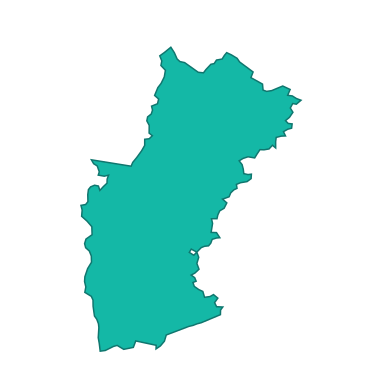 outline of Cafelândia, Paraná, Brazil, rotated 348°
{"feature_id": "56859067B49774660702068", "entity_name": "Cafelândia", "entity_type": "district", "adm_level": 2, "iso_a3": "BRA", "parent_name": "Brazil", "parent_adm1": "Paraná", "projection": "albers", "projection_center": [-53.352, -24.69], "detail": "fine", "context": "isolated", "style": "filled", "palette": "teal", "viewbox_px": 384, "rotation_deg": 348, "n_neighbors": 0, "source": "geoboundaries", "source_scale": "gbopen_adm2", "svg_char_len": 2492}
<svg xmlns="http://www.w3.org/2000/svg" viewBox="0 0 384 384"><g transform="rotate(348 192 192)"><path d="M309.3,112.1L302.8,107.2L297.8,108.1L291.0,109.4L285.9,109.1L282.7,107.1L283.4,101.1L273.4,92.4L276.7,87.3L265.6,74.7L263.9,70.6L259.1,66.1L254.9,62.9L252.1,65.1L249.1,68.2L243.4,68.0L240.4,71.0L237.0,71.0L231.0,75.2L228.0,77.8L223.0,76.2L211.7,63.9L207.3,61.9L205.1,58.8L203.7,52.1L201.4,46.0L193.8,49.9L188.8,52.1L189.7,57.5L187.9,61.8L191.3,67.4L188.8,73.7L184.4,79.3L180.3,82.8L175.5,89.8L178.7,94.1L176.6,98.5L170.3,99.6L170.4,103.7L168.4,107.2L164.2,109.3L162.6,113.0L164.0,117.9L162.3,125.5L164.9,128.7L161.2,131.0L156.7,130.6L155.4,136.6L151.2,141.3L145.1,146.8L140.2,150.7L137.8,154.1L100.3,139.6L101.7,143.9L104.7,146.8L105.5,153.0L103.8,156.0L109.5,158.3L113.9,158.2L111.7,161.7L110.7,165.7L106.4,168.3L102.2,171.3L101.7,166.7L98.1,165.1L93.9,165.9L91.2,168.1L89.5,172.9L88.2,179.8L85.4,182.1L80.6,182.0L80.8,186.8L79.0,192.8L83.3,198.7L86.8,205.1L85.4,213.0L78.5,216.0L76.2,220.2L76.4,224.4L79.3,228.4L80.2,233.7L79.1,239.8L74.0,245.2L69.6,252.6L68.3,257.2L68.4,262.8L66.3,267.9L71.8,273.1L72.7,277.1L71.5,283.2L70.8,293.0L72.4,296.7L73.1,301.4L72.7,305.3L70.0,315.0L69.8,320.9L69.1,328.6L74.2,329.0L83.2,326.7L86.9,326.5L92.5,331.7L102.3,331.8L106.0,326.0L125.1,334.5L124.2,338.0L129.1,336.0L134.0,332.2L137.1,326.5L161.0,322.8L165.3,322.7L169.5,322.0L173.8,321.8L194.3,317.9L195.4,313.4L198.2,310.9L192.2,309.3L191.1,304.9L195.2,301.2L191.7,296.8L187.9,298.0L182.4,297.6L181.9,291.5L178.4,288.9L174.6,284.8L174.1,280.7L177.5,280.1L176.8,276.3L173.9,273.1L178.0,271.9L182.8,269.0L181.9,262.9L185.0,257.3L184.2,251.8L189.5,248.3L193.0,247.7L197.0,248.1L199.7,246.0L201.9,242.5L206.4,242.1L209.7,242.5L207.5,236.8L202.3,235.5L205.6,227.0L205.5,222.2L210.9,223.3L212.5,219.8L215.2,216.2L220.0,214.6L223.8,209.9L220.4,205.3L223.7,204.9L227.3,204.4L229.7,200.9L233.4,198.6L236.8,197.8L237.0,193.8L241.4,193.0L248.0,193.3L252.6,191.2L253.8,186.9L250.4,186.6L246.5,184.8L246.9,180.3L246.7,175.6L244.6,171.3L248.9,169.8L254.1,169.2L260.4,171.7L263.5,168.4L267.3,164.7L271.2,165.7L276.3,165.9L280.4,163.0L283.0,166.3L284.3,160.1L285.7,156.1L290.9,155.9L295.1,156.6L294.0,152.0L298.7,150.5L302.7,150.3L304.1,146.2L300.3,144.9L298.3,141.6L302.9,139.2L307.3,135.0L305.6,130.3L308.9,126.4L312.3,127.8L317.7,124.9L313.6,122.3L310.1,118.9L305.7,117.3L309.3,112.1ZM184.2,251.8L180.6,254.2L176.8,250.5L179.4,247.7L184.2,251.8Z" fill="#14b8a6" stroke="#0f766e" stroke-width="1.5"/></g></svg>